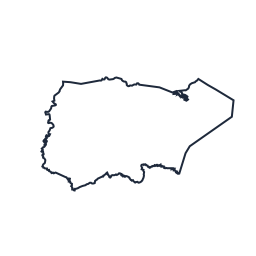 Kariba, Mashonaland West, Zimbabwe, rotated 34°
{"feature_id": "62879985B94385115404707", "entity_name": "Kariba", "entity_type": "district", "adm_level": 2, "iso_a3": "ZWE", "parent_name": "Zimbabwe", "parent_adm1": "Mashonaland West", "projection": "natural_earth1", "projection_center": [28.545, -16.89], "detail": "fine", "context": "isolated", "style": "outline", "palette": "slate", "viewbox_px": 256, "rotation_deg": 34, "n_neighbors": 0, "source": "geoboundaries", "source_scale": "gbopen_adm2", "svg_char_len": 5799}
<svg xmlns="http://www.w3.org/2000/svg" viewBox="0 0 256 256"><g transform="rotate(34 128 128)"><path d="M79.4,207.7L80.0,208.2L80.6,207.8L81.6,208.0L83.5,206.9L84.0,207.7L84.4,207.9L84.9,207.7L85.9,206.9L86.2,207.2L86.4,207.8L86.8,207.9L88.2,207.5L88.8,207.7L89.3,207.6L89.5,208.0L89.9,208.1L90.8,206.9L91.2,206.8L91.4,207.2L91.6,207.2L92.0,206.8L92.7,205.6L93.0,205.4L103.9,203.6L104.5,203.3L107.3,204.4L107.3,203.9L106.9,203.2L107.2,202.9L108.2,202.5L108.3,202.7L108.0,203.5L108.6,203.7L109.2,204.4L109.7,204.6L109.4,205.4L110.2,205.2L110.9,205.7L112.7,205.6L113.2,206.4L113.4,207.7L113.8,207.5L114.0,208.0L115.1,208.7L115.9,209.9L116.1,209.6L116.3,209.9L116.8,209.6L117.5,210.0L118.5,209.8L118.7,209.6L118.0,208.8L118.0,208.1L118.6,207.8L120.0,206.1L121.0,204.0L122.7,201.5L124.8,199.1L125.1,197.9L126.2,196.7L127.0,194.7L127.9,194.1L128.8,194.2L130.0,193.7L131.0,192.6L131.2,192.2L130.8,191.7L130.7,190.9L130.3,190.3L130.8,188.6L131.2,188.0L131.2,187.0L133.7,182.8L134.5,182.3L134.5,181.9L134.2,181.4L134.6,181.0L134.6,180.4L135.4,178.5L135.2,178.2L135.6,176.6L136.6,177.1L137.3,178.0L138.0,177.9L139.4,178.6L139.7,179.0L139.9,179.0L139.8,178.5L140.4,178.3L140.6,179.1L140.7,178.7L141.0,178.9L141.1,178.7L141.1,177.4L140.8,176.8L141.3,175.9L142.8,175.0L143.7,174.0L144.0,173.2L145.0,173.2L145.9,171.4L145.9,170.6L146.6,170.1L147.2,170.2L148.1,169.8L148.8,170.9L149.2,171.0L149.6,170.9L149.9,169.9L150.4,170.1L150.9,170.7L151.5,169.7L151.8,169.6L152.4,170.3L152.9,170.0L153.1,169.1L153.7,168.7L155.8,168.3L156.9,168.3L157.2,168.8L159.5,169.5L160.0,169.2L160.5,169.5L161.3,168.5L162.4,169.1L163.5,169.0L164.0,169.3L164.7,169.0L164.9,168.3L166.0,167.3L167.2,167.5L168.1,166.7L169.0,164.9L169.0,163.9L169.2,163.6L168.8,161.6L168.7,160.7L168.0,158.9L167.6,158.2L167.0,157.7L166.0,155.5L164.6,154.9L164.2,154.0L162.4,154.6L161.9,153.0L160.6,152.4L160.1,151.9L159.9,150.9L160.9,149.9L161.0,149.6L161.8,149.1L162.0,149.4L162.5,148.6L162.8,148.8L163.5,148.4L163.8,148.7L164.2,148.4L165.0,148.5L165.4,148.3L165.7,148.7L166.5,149.0L167.1,148.7L167.8,148.9L167.9,148.3L168.4,148.4L168.7,148.2L168.7,147.4L169.3,146.7L169.3,146.3L169.7,146.2L169.7,145.7L170.2,145.2L170.8,145.1L171.0,144.4L170.9,143.8L171.2,143.7L171.3,144.1L171.8,144.2L172.2,143.5L172.8,143.3L172.4,142.5L172.7,142.2L172.9,142.2L173.1,142.8L173.9,142.9L174.0,142.7L173.8,142.3L174.7,142.1L174.7,141.5L175.0,141.5L175.4,140.4L176.0,141.3L176.2,141.2L176.3,140.6L176.8,140.4L177.2,140.4L177.5,141.1L177.8,140.7L178.3,140.7L179.1,139.8L179.6,140.1L180.1,140.1L180.3,140.9L180.6,140.9L181.8,140.2L182.4,139.5L183.2,139.3L186.3,137.2L186.7,137.6L186.7,137.0L187.0,136.7L188.3,135.9L188.5,136.2L188.2,137.1L189.2,136.9L189.5,136.4L189.6,136.9L189.3,137.4L189.5,137.6L189.9,137.1L190.1,136.9L190.7,136.8L191.2,137.2L192.4,136.8L192.2,137.7L192.5,138.0L193.5,137.6L193.4,137.1L193.6,137.1L193.9,137.8L194.6,137.4L194.9,138.0L195.2,137.9L195.5,136.8L195.9,136.8L189.8,116.7L189.4,108.6L207.8,60.6L200.0,46.0L179.2,47.0L170.2,47.7L158.9,48.0L158.7,50.1L158.0,51.6L158.0,52.5L155.8,55.3L155.1,57.1L155.0,58.6L155.7,60.2L155.9,61.6L154.8,64.5L153.9,65.0L149.8,68.5L152.8,68.5L154.1,69.9L154.1,70.4L154.6,69.4L155.1,69.5L156.3,68.8L157.3,68.6L159.7,68.7L160.0,69.8L159.6,70.4L161.8,70.8L161.6,71.8L160.9,72.1L160.9,72.5L160.5,72.6L160.6,72.8L159.9,72.9L160.0,72.7L159.9,72.6L160.2,72.3L159.8,72.2L159.9,71.8L159.4,72.1L159.4,71.7L159.2,71.8L159.0,71.4L159.1,71.2L158.8,71.7L158.5,71.5L158.4,71.7L158.3,71.4L158.5,71.2L158.4,70.8L158.2,71.4L158.1,71.2L158.0,71.4L157.8,71.3L158.0,71.0L157.8,70.8L157.8,71.1L157.6,71.0L157.8,71.3L157.5,71.4L157.5,71.7L157.4,71.5L157.1,71.7L157.1,71.4L156.9,71.5L156.9,71.3L156.7,71.9L156.4,72.1L155.8,71.4L155.1,72.3L154.9,71.5L154.5,72.2L153.6,72.8L152.8,72.5L153.0,72.1L152.6,72.3L151.6,72.2L151.6,71.8L151.2,71.9L150.9,71.5L150.6,72.0L150.6,71.4L150.3,71.3L150.2,71.7L150.0,71.4L149.9,71.4L149.6,72.2L149.3,72.1L149.6,71.5L149.4,71.7L149.2,71.5L148.9,71.8L148.8,71.5L148.6,71.6L148.8,71.9L149.2,72.0L149.2,72.5L148.9,72.7L148.4,72.0L148.2,72.1L148.4,72.6L147.9,72.9L148.1,73.3L146.8,74.3L146.6,73.7L147.2,71.7L146.7,72.0L147.3,71.5L147.3,70.9L147.8,70.4L147.5,70.3L145.0,73.7L131.4,76.7L113.1,85.8L112.4,85.4L111.3,85.3L110.5,86.0L110.6,87.3L109.0,88.3L108.5,88.9L107.7,90.6L105.9,91.6L105.6,92.5L104.8,93.2L103.4,93.2L102.9,93.0L102.3,92.1L101.8,91.9L101.0,91.1L100.4,91.0L99.7,91.1L98.8,91.7L97.5,91.9L96.4,91.8L95.1,91.0L90.2,92.6L89.1,93.8L88.7,95.1L88.2,95.9L85.6,98.2L84.5,98.6L82.6,98.0L81.4,98.3L81.1,99.0L81.3,100.9L80.3,101.6L79.3,101.6L79.4,103.3L79.1,103.8L78.0,104.4L64.4,117.7L54.7,122.2L48.2,125.9L49.4,127.4L50.3,129.0L50.1,133.7L50.4,135.3L50.7,135.6L50.7,137.3L49.0,142.2L49.1,142.9L50.2,144.9L51.7,146.5L50.6,148.2L52.6,148.8L55.0,148.8L55.3,149.4L54.8,150.2L52.6,152.3L52.5,153.0L53.3,154.8L53.3,158.4L52.7,159.4L50.6,160.5L50.6,161.2L52.5,162.7L54.7,160.7L55.3,160.7L55.8,161.1L58.7,164.6L58.6,165.0L58.0,165.7L57.9,166.2L58.4,166.6L58.5,167.9L59.0,168.4L59.5,168.3L60.7,167.0L62.0,166.6L64.2,167.1L65.3,168.0L65.6,168.5L65.4,169.5L65.0,170.3L63.8,171.5L64.4,174.0L64.3,175.8L64.7,176.5L65.7,177.3L66.8,176.8L67.1,178.6L66.6,179.4L64.6,179.4L64.4,179.9L64.7,181.0L66.3,181.5L66.3,181.9L65.4,182.9L65.4,183.2L68.1,184.3L68.2,185.1L67.6,185.4L67.2,185.1L66.8,185.6L66.4,185.6L66.0,185.1L66.2,184.4L65.9,184.3L65.2,184.8L65.2,186.1L65.7,186.3L66.3,186.3L66.7,186.8L68.4,186.8L69.0,187.1L69.2,187.9L68.4,188.1L68.2,188.9L68.7,189.1L68.9,189.5L69.2,189.4L69.2,190.0L69.1,190.5L68.3,191.7L68.1,193.3L69.2,193.4L69.4,195.9L69.6,195.9L69.7,195.3L70.2,194.7L70.5,194.7L71.6,196.0L72.6,196.7L72.7,196.9L72.0,197.8L72.4,198.7L73.5,198.8L74.2,200.1L75.7,200.0L77.4,200.8L78.3,202.7L78.6,203.6L78.1,205.4L78.2,206.6L78.5,207.0L78.6,207.8L79.4,207.7Z" fill="none" stroke="#1e293b" stroke-width="2"/></g></svg>